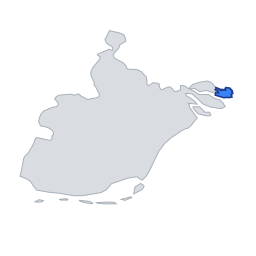 Sluis, Zeeland, Netherlands (highlighted), rotated 192°
{"feature_id": "6326949B19414277691711", "entity_name": "Sluis", "entity_type": "district", "adm_level": 2, "iso_a3": "NLD", "parent_name": "Netherlands", "parent_adm1": "Zeeland", "projection": "robinson", "projection_center": [3.526, 51.325], "detail": "fine", "context": "in_parent", "style": "filled", "palette": "blue", "viewbox_px": 256, "rotation_deg": 192, "n_neighbors": 0, "source": "geoboundaries", "source_scale": "gbopen_adm2", "svg_char_len": 4966}
<svg xmlns="http://www.w3.org/2000/svg" viewBox="0 0 256 256"><g transform="rotate(192 128 128)"><path d="M166.3,219.4L161.1,219.3L156.3,219.2L153.7,218.9L151.0,217.9L149.8,215.9L148.2,213.5L148.6,212.0L153.1,207.9L153.7,206.7L153.3,206.1L153.7,204.3L157.1,198.1L157.5,195.6L155.9,193.8L153.7,192.8L146.4,190.9L142.9,188.3L141.3,186.1L139.7,185.4L137.3,186.2L131.3,187.0L126.4,185.8L120.6,181.5L119.2,177.7L118.5,174.7L117.0,173.7L115.1,175.2L112.7,177.6L107.8,177.9L106.5,177.4L106.2,176.0L105.9,174.8L104.6,173.2L103.1,172.3L97.0,176.7L94.8,176.7L91.9,175.0L90.4,173.4L87.3,174.3L84.5,176.4L85.5,180.2L83.9,180.9L80.4,180.6L76.5,179.0L72.1,178.0L65.4,175.4L56.1,177.5L49.6,174.9L44.2,174.7L40.9,172.6L37.3,169.2L39.8,166.9L42.3,166.1L52.1,165.7L59.3,167.0L72.2,174.6L75.4,174.5L78.9,173.6L77.1,171.5L73.9,170.5L69.1,168.5L65.3,165.7L74.2,164.7L73.0,163.3L71.8,160.8L62.3,152.0L63.9,149.6L66.3,144.6L69.2,140.3L71.6,139.2L75.4,136.2L83.8,127.4L89.1,120.3L93.0,111.8L98.7,88.4L100.3,84.5L103.1,80.1L106.6,80.9L109.1,82.2L117.7,78.9L132.4,70.2L136.7,62.7L140.9,59.3L157.8,52.5L167.1,50.5L181.6,49.9L192.0,48.7L204.5,48.3L209.4,52.5L212.2,55.5L216.7,57.2L223.7,58.4L223.4,64.4L223.7,76.4L223.2,78.5L220.2,83.5L217.1,92.6L216.4,98.5L215.4,99.7L202.2,99.6L200.3,100.7L200.1,101.9L200.8,103.5L200.5,105.0L199.5,106.2L200.1,108.2L202.4,110.4L206.6,111.8L211.1,112.0L213.4,111.7L215.1,113.3L216.8,115.8L216.8,118.9L216.2,123.0L214.2,126.9L208.1,131.3L205.4,132.9L202.9,133.7L201.7,134.9L201.1,136.3L201.3,137.7L205.7,141.2L205.6,142.0L204.4,143.9L202.7,145.6L191.5,149.2L186.9,149.0L184.3,150.8L183.4,151.1L180.5,149.5L173.9,147.5L171.4,148.2L170.0,149.2L165.9,150.5L163.0,152.5L163.0,155.1L168.4,161.7L170.2,163.0L170.4,165.5L172.9,168.6L175.6,172.5L175.9,174.9L175.7,177.4L174.4,181.0L170.0,189.3L169.9,190.9L170.3,192.1L171.9,192.5L173.1,193.1L172.8,194.2L164.3,200.0L163.2,201.0L159.6,200.7L159.1,201.6L159.6,203.2L161.0,204.6L164.1,205.3L166.7,206.7L168.9,209.6L166.3,219.4ZM76.5,179.0L75.7,181.4L73.8,184.0L67.1,187.8L60.2,190.4L56.6,190.0L54.1,188.7L52.8,187.4L49.0,186.0L43.9,185.4L40.7,186.8L38.4,188.2L36.4,187.9L34.9,186.8L33.8,185.0L32.3,179.5L36.1,178.5L44.4,178.2L50.8,180.1L59.2,181.0L65.6,178.4L70.7,180.6L76.5,179.0ZM62.4,156.5L67.4,160.0L68.4,161.1L68.8,162.3L62.6,163.7L55.9,159.4L51.5,160.4L49.9,158.4L49.8,157.2L54.4,156.1L62.4,156.5ZM108.9,71.8L104.0,76.4L101.0,75.1L100.1,74.1L101.6,70.5L108.8,64.7L108.9,71.8ZM130.6,51.8L125.9,52.3L123.8,51.4L135.0,48.9L142.0,48.1L143.3,48.5L130.6,51.8ZM160.5,47.2L150.7,48.2L147.4,47.4L146.8,46.7L149.5,46.2L157.8,46.1L160.4,46.8L160.5,47.2ZM119.8,56.8L110.7,61.4L109.9,60.7L115.8,56.6L119.8,56.8ZM200.3,39.3L195.7,39.5L197.0,37.8L201.2,36.6L203.5,36.6L200.3,39.3ZM180.5,43.9L173.6,46.0L171.9,45.6L172.3,44.9L178.4,43.6L180.5,43.9Z" fill="#d9dde1" stroke="#a8b0b8" stroke-width="1"/><path d="M49.5,178.3L42.8,177.7L42.7,178.1L42.7,177.9L42.4,177.7L42.1,177.7L41.9,177.7L41.6,177.6L41.3,177.6L41.2,177.6L40.9,177.6L40.6,177.5L40.4,177.6L40.2,177.6L39.9,177.7L39.9,177.8L39.7,177.9L39.4,178.0L39.2,178.0L38.9,178.2L38.7,178.2L38.4,178.3L38.2,178.3L37.9,178.4L37.6,178.4L37.4,178.5L37.2,178.6L36.8,178.7L36.6,178.6L36.3,178.6L36.2,178.6L35.9,178.7L35.6,178.8L35.4,178.9L35.2,179.0L34.9,179.1L34.7,179.1L34.4,179.2L34.0,179.3L33.9,179.4L33.8,179.5L33.7,179.5L33.4,179.6L33.2,179.7L32.9,179.8L33.5,180.7L33.5,181.0L33.5,181.4L34.0,181.9L34.1,182.3L32.7,183.5L33.6,184.3L33.4,184.5L33.2,184.5L33.1,184.8L33.3,185.0L33.5,185.1L33.8,185.2L33.8,185.3L33.8,185.5L33.7,185.7L33.7,185.8L33.7,185.7L33.6,185.8L33.6,186.0L33.8,186.1L34.0,186.1L34.2,186.3L34.4,186.6L34.5,186.7L34.6,186.8L34.8,186.8L35.0,186.9L35.0,187.0L35.3,187.2L35.5,187.1L35.8,187.2L35.9,187.3L36.0,187.3L36.1,187.5L36.1,187.8L36.2,188.0L36.4,187.9L36.6,188.0L36.9,188.1L37.0,188.1L37.8,188.2L38.1,188.2L38.6,188.1L38.8,188.1L39.1,188.1L39.4,188.1L39.6,188.0L40.0,188.0L40.3,188.0L40.6,188.0L40.8,188.0L40.9,187.9L41.2,187.9L41.3,187.9L41.2,187.9L41.1,187.3L41.0,186.8L41.0,186.7L40.9,186.6L41.0,186.6L40.9,186.3L40.7,185.7L40.6,185.3L41.3,185.2L41.5,185.5L41.8,185.5L41.9,185.4L42.0,185.2L42.4,185.0L42.5,185.1L42.8,185.0L42.9,184.8L43.0,184.7L43.2,184.8L43.5,185.0L43.8,185.2L43.9,185.3L44.0,185.3L44.1,185.2L44.3,184.9L44.1,184.8L44.1,184.7L43.9,184.6L44.2,184.4L44.4,184.1L44.5,184.1L44.4,184.2L45.5,184.6L45.8,184.7L45.8,184.8L46.0,184.9L46.4,185.0L46.5,185.1L46.9,185.2L47.0,185.2L47.6,185.1L47.8,185.1L48.0,185.2L48.3,185.3L48.6,185.5L48.8,185.6L49.0,185.7L49.4,185.7L49.6,185.9L49.6,186.0L49.8,185.6L50.0,185.6L49.8,185.4L50.0,185.3L50.3,185.2L50.2,185.0L50.2,184.7L50.2,184.4L50.3,184.1L50.1,183.8L50.6,183.5L50.4,183.4L50.1,183.3L49.7,183.2L49.4,183.2L49.2,183.1L48.9,183.2L48.4,183.2L48.2,183.2L48.1,182.9L47.9,182.9L47.8,182.4L47.6,182.5L47.5,182.4L47.1,181.8L47.4,181.8L47.3,181.3L47.5,181.4L47.8,181.3L47.9,181.2L49.1,181.1L49.3,180.9L49.4,181.1L49.6,181.1L49.6,180.4L49.5,178.3Z" fill="#3b82f6" stroke="#1e3a8a" stroke-width="1.5"/></g></svg>